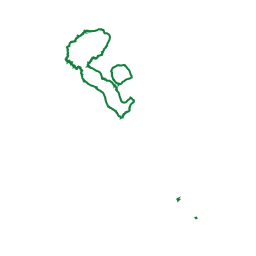 Isabela, Galápagos, Ecuador (Natural Earth projection), rotated 164°
{"feature_id": "8360857B49822942031092", "entity_name": "Isabela", "entity_type": "district", "adm_level": 2, "iso_a3": "ECU", "parent_name": "Ecuador", "parent_adm1": "Galápagos", "projection": "natural_earth1", "projection_center": [-91.231, 0.314], "detail": "fine", "context": "isolated", "style": "outline", "palette": "green", "viewbox_px": 256, "rotation_deg": 164, "n_neighbors": 0, "source": "geoboundaries", "source_scale": "gbopen_adm2", "svg_char_len": 6045}
<svg xmlns="http://www.w3.org/2000/svg" viewBox="0 0 256 256"><g transform="rotate(164 128 128)"><path d="M131.6,139.5L130.8,140.0L130.1,139.7L129.8,140.6L129.2,141.1L129.3,141.3L129.0,141.3L129.0,141.7L128.6,141.8L128.5,142.3L128.2,142.6L127.6,142.4L126.8,143.1L126.8,142.9L126.4,142.9L124.8,143.9L124.0,143.6L123.7,143.9L122.7,143.8L121.6,144.5L121.6,145.2L121.3,145.5L121.5,146.1L121.0,146.5L121.0,147.1L120.3,147.6L120.4,148.1L119.8,148.5L119.5,149.3L117.3,150.7L116.1,151.0L115.7,151.6L115.2,151.6L114.7,153.0L115.7,153.9L116.4,155.8L116.9,156.3L117.0,155.9L117.7,156.1L118.7,155.2L119.9,155.1L122.9,153.3L125.0,153.5L126.4,154.5L126.4,155.0L126.9,155.4L127.3,156.9L127.0,157.4L127.3,159.5L127.2,160.4L127.4,161.2L127.2,162.5L127.3,164.7L128.8,167.4L128.8,168.2L128.1,168.2L128.2,169.0L127.9,169.4L128.1,169.5L128.1,170.2L128.5,171.0L128.4,172.2L128.9,172.8L129.6,172.2L129.5,172.9L129.9,173.2L130.0,174.4L130.5,174.8L130.4,175.4L131.2,176.8L131.8,177.2L132.0,177.8L132.9,178.6L134.4,179.0L135.0,179.5L135.3,179.3L135.6,179.7L135.4,179.9L135.5,179.8L136.2,180.6L136.1,181.0L136.9,181.4L136.9,181.7L137.2,181.6L137.5,181.8L137.6,181.6L138.0,182.1L138.3,182.1L138.4,182.7L139.2,182.4L139.4,182.9L139.1,184.0L139.1,187.1L139.6,189.0L141.0,190.6L142.8,191.8L145.6,195.1L147.5,196.2L147.9,197.5L148.3,197.2L148.8,197.5L148.8,198.0L149.5,198.2L148.9,198.4L148.9,198.8L149.4,199.3L149.4,199.6L149.0,199.7L148.3,200.6L148.4,201.3L147.9,201.5L148.1,201.6L148.1,201.8L147.2,201.5L147.2,201.1L146.5,201.4L146.4,201.9L146.0,202.5L144.8,202.6L144.5,203.1L144.9,203.5L144.1,204.3L143.7,204.3L143.6,204.7L143.6,204.4L143.3,204.4L143.0,205.2L142.5,205.0L142.0,205.4L141.7,204.6L141.0,204.3L140.7,204.5L140.5,203.9L140.5,204.2L140.0,204.1L140.3,203.7L139.8,203.5L139.3,204.0L138.9,203.8L138.0,204.1L137.7,204.5L137.6,205.2L137.3,205.4L136.6,205.1L136.3,205.3L136.3,205.6L135.0,205.4L134.2,205.7L132.9,205.4L132.3,206.2L132.5,207.0L132.2,207.4L131.9,207.2L131.4,207.8L131.5,208.0L131.1,207.9L130.4,209.0L129.8,209.3L129.6,210.2L129.1,210.3L128.7,210.9L127.4,211.3L127.0,211.5L127.0,212.0L126.5,212.5L125.4,212.8L125.4,213.5L124.0,215.4L121.8,217.5L120.3,220.1L120.2,222.0L120.8,223.4L121.9,224.6L123.0,225.2L124.0,225.3L124.5,225.9L124.7,227.3L124.4,227.9L124.6,228.7L125.0,228.9L124.9,229.2L126.1,229.7L126.3,230.2L127.1,230.1L127.5,230.6L129.0,231.0L131.0,230.4L131.7,230.6L133.1,230.4L136.3,231.2L136.7,231.0L137.2,231.4L137.7,231.3L137.9,231.5L138.1,231.4L138.5,231.8L139.0,231.5L139.5,231.7L139.3,231.9L139.9,232.7L141.0,232.6L141.1,232.9L142.1,232.7L142.9,233.5L143.5,232.9L143.5,232.3L143.3,232.0L143.7,232.2L143.9,231.9L145.0,231.7L145.1,231.4L144.9,231.2L145.1,230.9L145.6,231.2L146.1,230.6L146.6,230.7L146.9,230.3L147.6,230.3L147.8,229.9L148.1,230.0L149.1,229.6L149.5,229.6L150.2,230.2L150.3,229.3L150.7,229.1L151.0,229.4L151.0,229.1L151.6,229.0L151.6,228.6L152.1,228.4L153.1,228.5L153.4,227.8L153.9,227.6L153.9,227.2L154.4,227.0L154.6,226.1L155.0,226.3L155.2,225.9L156.1,225.9L156.6,226.0L156.8,226.3L157.2,226.3L157.2,226.5L157.2,226.3L157.6,226.1L158.0,226.5L158.6,226.3L159.0,226.4L159.1,226.1L160.6,225.6L161.1,224.5L161.7,223.8L161.7,223.0L162.1,222.7L163.7,222.9L164.3,222.6L164.5,222.3L164.1,220.2L164.6,219.9L164.5,218.9L165.0,218.3L164.9,216.5L165.6,216.1L165.6,215.2L165.8,215.0L165.7,214.7L165.9,214.7L165.8,214.3L166.1,213.6L166.0,213.1L167.7,212.7L168.1,211.9L168.0,211.7L168.4,211.7L168.7,211.5L168.7,211.2L168.9,211.2L168.9,210.6L168.3,210.0L168.6,209.6L168.4,209.2L167.7,209.5L166.7,209.0L166.7,208.8L167.3,208.6L167.1,208.3L167.4,207.9L166.4,208.2L166.0,207.9L165.7,208.2L165.6,207.5L166.1,207.2L165.7,206.4L165.4,206.6L165.3,206.3L164.5,206.8L164.3,206.4L163.9,206.4L164.9,204.9L164.3,204.9L164.2,204.3L163.6,204.1L163.6,203.6L163.9,203.1L163.4,202.7L163.4,202.4L163.0,202.5L163.2,202.0L162.7,202.3L162.3,201.6L162.1,201.7L162.2,200.6L161.4,200.2L161.4,199.0L161.1,198.9L160.6,199.9L160.8,199.4L160.6,199.2L160.0,200.0L159.8,200.0L159.5,200.5L159.0,200.2L158.6,200.5L158.2,200.0L158.1,199.5L157.6,199.9L157.1,199.4L157.3,198.9L156.9,198.6L157.4,196.9L157.0,196.4L156.1,196.4L155.6,196.7L156.2,196.2L156.2,195.7L157.2,195.4L157.4,194.5L157.7,194.4L157.5,193.5L157.8,193.3L157.5,193.1L157.7,192.1L157.4,191.8L157.8,191.6L158.1,191.0L157.8,190.1L158.1,188.7L157.9,187.6L157.2,186.9L157.5,186.3L157.3,185.7L157.7,185.6L157.7,184.8L157.6,185.0L157.4,184.7L157.2,184.7L156.7,185.2L156.2,184.7L156.3,184.4L155.1,183.3L155.0,182.7L154.5,182.3L154.3,181.6L153.0,180.3L151.4,178.7L150.4,178.3L148.8,176.9L146.9,175.8L147.0,175.6L147.7,175.7L147.8,175.5L147.7,175.1L146.9,174.8L146.9,174.0L146.6,173.8L146.6,173.3L144.3,171.4L143.6,170.2L142.5,169.2L142.0,167.7L141.7,164.4L141.4,163.7L141.7,162.7L141.6,162.2L141.9,161.6L141.7,161.3L141.9,159.3L141.1,153.8L140.6,153.4L140.5,153.7L140.1,153.6L139.6,152.2L138.5,151.7L137.8,150.3L137.2,150.2L136.8,149.3L136.0,148.8L135.8,148.0L135.4,147.5L135.0,147.4L135.2,147.0L134.7,146.4L134.7,145.6L134.4,145.5L134.5,145.0L134.0,144.1L134.1,143.3L133.5,141.8L133.0,141.5L132.6,141.5L132.3,140.7L131.8,140.1L132.0,139.7L131.6,139.8L131.4,139.6L131.6,139.5ZM123.7,172.3L121.8,172.6L120.4,173.9L118.7,174.0L117.0,175.0L113.4,175.2L113.0,175.0L110.7,175.5L110.4,175.8L110.2,177.0L110.7,178.4L110.8,182.2L111.1,183.6L112.1,185.2L112.6,187.0L113.6,188.3L113.4,188.6L113.6,189.2L114.3,189.7L117.1,189.9L118.4,190.2L118.7,190.6L119.5,190.6L120.0,191.1L121.3,191.2L121.7,190.8L126.0,190.1L126.6,189.3L127.4,188.8L127.7,188.1L128.0,187.8L128.3,187.2L128.3,187.4L128.5,187.3L128.3,185.8L128.0,185.6L128.2,184.9L128.7,184.4L128.5,183.8L128.8,182.8L129.2,182.5L128.8,181.4L128.9,179.1L128.4,178.6L128.6,178.4L128.6,177.9L128.0,177.5L128.0,176.9L127.1,175.4L127.2,175.1L126.9,174.5L126.4,174.2L125.5,173.2L125.1,173.1L125.0,173.5L124.8,173.4L124.9,173.2L124.4,172.9L124.7,172.4L124.3,172.6L123.7,172.3ZM99.8,44.6L99.2,44.9L99.6,45.0L99.8,45.4L99.8,45.8L99.3,46.2L100.0,46.1L100.2,45.7L99.7,45.1L99.8,44.6ZM87.5,22.5L87.1,22.5L87.1,23.0L87.7,23.0L87.5,22.5Z" fill="none" stroke="#15803d" stroke-width="2"/></g></svg>